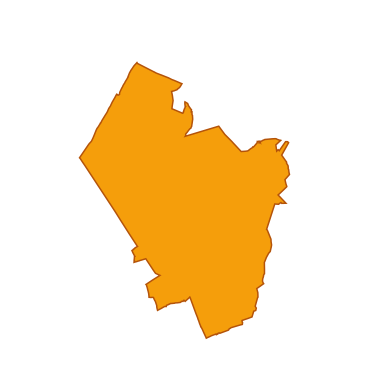 outline of Doctor Mora, Guanajuato, Mexico, rotated 48°
{"feature_id": "50627088B4688802652397", "entity_name": "Doctor Mora", "entity_type": "district", "adm_level": 2, "iso_a3": "MEX", "parent_name": "Mexico", "parent_adm1": "Guanajuato", "projection": "equal_earth", "projection_center": [-100.35, 21.147], "detail": "fine", "context": "isolated", "style": "filled", "palette": "amber", "viewbox_px": 384, "rotation_deg": 48, "n_neighbors": 0, "source": "geoboundaries", "source_scale": "gbopen_adm2", "svg_char_len": 5744}
<svg xmlns="http://www.w3.org/2000/svg" viewBox="0 0 384 384"><g transform="rotate(48 192 192)"><path d="M267.3,271.9L267.1,270.4L268.7,270.3L268.7,265.1L268.7,264.8L268.7,264.6L268.7,264.4L268.6,264.1L268.6,263.9L269.1,264.0L274.5,266.2L278.0,267.6L284.7,270.3L289.5,272.1L290.7,272.7L291.6,273.0L292.2,273.2L295.1,274.5L296.0,274.8L296.3,274.9L296.9,275.1L297.2,275.3L297.7,275.5L297.7,275.4L298.7,275.7L299.7,275.9L300.9,276.2L303.0,276.9L304.2,277.3L309.4,278.9L310.2,279.2L310.7,277.4L311.0,276.6L311.2,275.9L311.5,275.0L311.8,273.8L313.6,269.2L314.3,269.4L314.8,267.7L314.7,267.6L314.4,267.5L314.9,266.0L315.6,265.9L318.9,257.7L319.0,257.5L319.0,257.0L318.8,256.5L318.6,255.7L318.8,255.2L319.0,253.7L322.9,245.5L324.1,243.2L323.7,242.7L323.3,242.3L322.9,241.8L322.5,241.8L322.1,241.7L321.8,241.5L321.5,241.1L321.4,240.8L321.0,240.7L321.4,239.7L321.8,238.7L323.3,235.3L325.0,231.0L321.9,225.9L322.7,223.9L321.3,221.9L319.2,221.5L314.6,214.3L314.4,213.8L314.4,213.6L314.2,213.5L314.0,213.1L310.8,210.4L307.1,208.5L308.1,200.1L307.0,199.9L306.2,199.6L305.7,199.4L305.2,199.0L304.7,198.5L303.8,197.5L302.7,195.6L302.1,194.9L301.7,194.3L301.3,193.7L301.3,193.4L301.3,192.9L297.9,189.8L292.7,185.3L292.3,184.3L291.6,182.9L290.4,180.5L288.8,176.0L288.6,173.9L288.4,173.4L287.7,172.5L285.9,169.9L284.7,168.4L284.2,168.0L282.0,166.6L279.9,164.9L270.6,161.5L269.7,161.6L256.3,138.5L259.0,135.9L259.3,132.9L260.5,132.9L263.2,129.7L251.8,130.0L251.8,128.9L251.8,127.1L251.5,118.2L251.4,117.9L250.8,117.6L249.1,116.9L246.2,115.3L245.0,114.6L244.2,107.8L242.3,106.8L240.9,105.8L240.3,105.4L239.7,105.0L239.3,105.0L238.6,104.6L238.0,103.9L237.7,103.7L237.2,103.4L237.0,103.2L236.5,103.0L235.6,102.8L233.9,102.5L233.1,101.7L232.9,101.7L224.6,100.7L220.0,87.2L218.6,87.3L218.4,87.5L217.5,88.4L217.2,88.8L219.7,99.6L219.0,99.6L218.2,99.7L218.3,101.7L213.1,98.2L213.0,91.5L212.5,91.8L211.7,92.5L210.8,92.9L209.8,93.5L209.0,93.7L208.3,94.2L207.2,95.5L206.0,97.0L202.2,102.1L201.7,102.7L201.3,104.1L201.0,104.8L200.8,105.6L200.8,106.2L199.9,107.4L200.4,107.7L201.0,108.1L200.9,108.1L200.7,108.4L200.7,108.6L200.5,109.2L200.1,108.9L199.6,108.5L199.2,108.1L198.8,108.6L198.8,109.6L198.2,109.7L199.2,111.2L199.2,112.2L199.6,115.2L199.6,116.5L199.2,116.6L199.4,118.1L199.2,118.7L199.1,119.2L199.0,120.4L198.8,123.0L197.7,124.7L194.8,128.4L187.7,128.5L183.1,128.6L181.5,128.6L178.8,128.7L171.2,129.1L161.0,128.1L146.1,159.7L145.9,159.0L144.7,157.9L144.4,155.9L144.4,155.6L144.0,153.8L143.7,151.9L143.6,151.7L143.8,150.1L143.4,149.5L143.2,149.0L143.1,148.5L138.4,142.8L135.4,140.4L134.5,140.2L132.3,138.3L131.9,138.9L130.4,137.3L129.9,137.4L125.7,136.9L123.3,136.0L120.3,136.9L120.5,137.2L120.8,137.5L121.7,138.3L122.7,139.0L123.1,139.3L123.4,139.5L123.8,139.7L124.0,139.6L124.0,140.0L124.3,140.2L124.5,140.4L124.6,140.6L124.7,140.8L124.8,141.0L124.8,141.5L125.2,141.9L125.3,142.0L125.3,142.3L125.5,142.6L125.6,143.0L125.8,143.2L125.9,143.3L126.0,143.6L126.3,144.1L126.6,144.3L126.7,144.5L126.7,145.0L126.8,145.1L127.2,145.3L127.2,145.6L127.3,145.9L127.2,146.3L116.7,151.2L115.0,149.3L111.4,144.9L107.3,142.1L103.6,139.9L105.0,137.2L105.3,136.2L105.7,135.4L105.9,134.8L106.0,134.4L106.0,134.2L105.8,134.0L105.8,133.5L105.9,133.2L105.9,132.7L106.0,132.1L106.0,131.1L105.6,129.5L105.2,128.3L104.8,127.0L103.6,127.6L96.9,130.7L95.0,131.7L91.4,133.1L79.9,138.9L60.0,146.5L59.0,146.3L59.2,148.3L59.3,149.6L59.5,151.1L59.8,152.2L60.1,153.3L60.7,155.9L61.7,158.8L63.8,163.0L63.9,162.9L64.5,164.8L64.9,166.1L65.4,167.9L65.9,168.9L66.3,170.6L66.6,171.5L66.8,172.1L67.3,173.1L67.7,174.4L68.0,175.2L69.6,179.0L70.3,179.9L71.0,180.6L70.9,181.1L70.7,181.8L70.6,182.2L69.1,182.4L68.9,182.5L69.1,183.1L69.5,184.2L69.7,184.9L69.9,185.2L71.0,188.6L71.9,191.3L72.4,192.5L73.1,194.2L73.5,195.0L73.9,196.7L74.1,197.5L74.5,198.6L74.9,199.4L75.6,200.9L76.2,202.6L76.6,204.2L78.1,209.3L78.6,211.0L79.4,213.0L79.7,213.9L79.5,214.0L79.9,215.0L80.5,217.0L80.9,218.4L81.1,219.6L81.3,220.3L82.0,222.0L83.9,225.8L85.7,229.6L86.6,231.8L87.0,232.8L87.3,236.1L87.7,237.9L88.0,239.1L89.1,243.6L90.1,247.7L91.3,252.7L92.4,252.7L96.9,253.4L100.7,253.9L151.1,261.6L156.7,262.5L164.2,263.8L164.7,263.9L167.7,264.4L181.5,266.7L195.7,268.9L196.0,268.9L195.5,271.2L195.4,271.4L195.5,271.5L195.5,272.7L195.4,273.5L195.5,273.5L195.5,274.3L195.3,275.8L197.4,276.5L198.9,276.9L199.3,277.0L200.1,277.2L200.4,277.3L201.0,277.4L201.5,277.5L201.3,277.8L202.7,279.2L204.4,281.1L204.6,280.9L205.5,282.1L206.3,280.4L206.7,279.7L207.0,279.0L207.2,278.4L207.8,277.4L207.8,277.1L208.4,275.9L209.2,274.2L210.7,271.0L215.2,271.7L223.8,273.0L226.9,273.4L227.8,273.5L228.1,273.5L230.0,272.7L231.1,272.2L232.1,271.8L232.5,271.6L232.1,274.2L231.9,275.2L231.3,278.7L231.0,280.5L230.2,286.0L230.0,287.7L229.9,288.0L230.3,288.0L233.2,289.3L234.6,290.1L236.4,291.0L238.2,292.0L238.7,292.3L239.4,292.8L240.5,293.6L241.5,294.4L241.7,294.2L241.8,294.1L242.0,293.9L242.3,293.7L242.8,293.2L244.1,291.6L244.4,291.4L244.5,291.3L245.1,291.4L246.4,291.9L247.2,292.1L247.8,292.3L248.7,292.4L249.8,292.9L251.2,293.5L252.3,294.0L253.0,294.3L253.7,295.0L254.2,295.3L255.0,295.8L256.9,296.8L257.6,294.1L258.0,292.5L258.3,290.9L258.7,289.2L259.0,288.7L259.3,288.4L259.5,288.0L259.6,287.8L259.8,287.7L259.2,286.7L259.5,285.9L259.6,285.6L259.8,285.1L260.1,284.3L260.0,284.2L260.1,283.8L260.1,283.6L260.5,283.0L260.5,282.9L260.5,282.7L260.6,282.3L260.7,282.2L260.8,282.1L261.0,282.0L261.5,281.4L262.1,280.5L262.4,280.2L262.5,280.0L262.8,279.6L263.2,278.9L263.3,278.5L264.0,277.7L264.3,277.3L264.5,277.1L264.8,276.7L265.2,276.1L265.5,275.6L265.7,275.4L266.0,274.9L266.2,274.7L266.3,274.0L266.3,273.7L266.4,273.4L266.5,272.9L266.5,272.7L266.5,272.4L266.9,272.2L267.1,272.1L267.3,271.9Z" fill="#f59e0b" stroke="#b45309" stroke-width="1.5"/></g></svg>